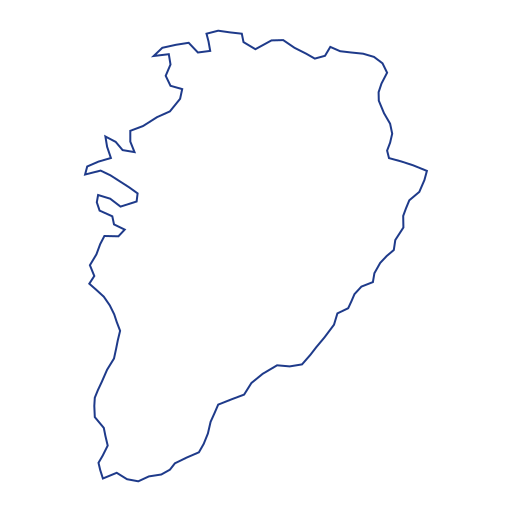 the district of Luzerna, Santa Catarina, Brazil, rotated 270°
{"feature_id": "56859067B78781548032096", "entity_name": "Luzerna", "entity_type": "district", "adm_level": 2, "iso_a3": "BRA", "parent_name": "Brazil", "parent_adm1": "Santa Catarina", "projection": "equal_earth", "projection_center": [-51.505, -27.095], "detail": "fine", "context": "isolated", "style": "outline", "palette": "blue", "viewbox_px": 512, "rotation_deg": 270, "n_neighbors": 0, "source": "geoboundaries", "source_scale": "gbopen_adm2", "svg_char_len": 1856}
<svg xmlns="http://www.w3.org/2000/svg" viewBox="0 0 512 512"><g transform="rotate(270 256 256)"><path d="M33.5,102.9L39.2,116.7L32.8,127.0L30.7,138.3L35.6,148.9L37.5,161.3L42.3,169.9L48.7,174.9L54.4,186.6L59.7,198.9L68.1,203.7L78.5,207.9L90.2,210.6L98.6,214.4L107.4,218.2L112.7,231.6L117.4,244.1L129.0,251.4L138.2,262.7L146.7,277.1L145.6,289.7L147.6,302.0L157.2,310.4L165.1,316.5L174.5,324.4L187.3,334.0L198.6,337.4L203.8,348.2L210.7,351.4L217.9,354.5L225.4,361.4L229.9,372.9L238.8,374.4L249.1,380.2L256.0,386.7L262.0,393.8L272.0,395.3L284.5,403.4L296.1,403.2L303.7,406.0L311.7,409.3L320.1,419.3L331.9,424.4L341.1,426.9L346.7,413.1L350.6,401.1L353.9,389.0L361.4,387.1L369.3,390.1L378.3,392.2L388.3,390.1L398.8,384.0L411.3,378.8L419.8,378.6L428.5,381.5L439.3,387.1L448.7,382.5L455.1,374.0L458.3,363.1L459.5,351.2L460.8,340.1L465.1,330.3L456.2,325.0L453.4,314.8L458.3,306.2L464.2,294.5L471.9,283.2L471.6,271.5L462.8,255.4L469.9,243.5L478.3,241.8L479.6,230.1L481.3,218.2L478.3,206.5L470.6,208.5L461.1,210.2L459.5,197.9L469.2,188.7L467.2,175.9L464.2,162.3L456.0,153.7L457.8,168.8L447.5,170.5L436.2,165.7L426.2,170.5L422.9,182.2L413.2,180.1L400.6,169.9L394.9,157.1L386.0,143.1L381.2,130.3L370.4,130.3L359.9,134.5L361.9,122.6L370.1,115.7L375.5,105.4L365.2,107.1L354.0,110.9L350.4,98.5L345.5,87.2L337.5,85.1L341.4,100.6L336.7,110.4L330.6,119.9L324.7,129.1L318.6,137.6L310.5,136.6L305.4,120.5L313.3,110.2L317.0,98.1L309.7,96.8L301.4,99.6L295.7,112.3L287.6,114.0L282.4,124.7L275.7,118.4L276.0,104.4L267.9,100.2L257.6,96.4L246.8,89.9L236.0,94.3L228.3,89.3L221.7,96.8L215.3,103.8L206.6,109.8L197.7,114.2L190.1,116.7L181.2,120.1L171.7,117.8L163.2,116.1L153.5,114.0L142.3,107.1L130.4,101.9L121.9,97.9L114.3,94.8L106.1,94.3L94.9,94.8L84.1,103.8L76.1,105.4L66.4,107.7L56.4,102.7L49.2,98.5L42.0,100.2L33.5,102.9Z" fill="none" stroke="#1e3a8a" stroke-width="2"/></g></svg>